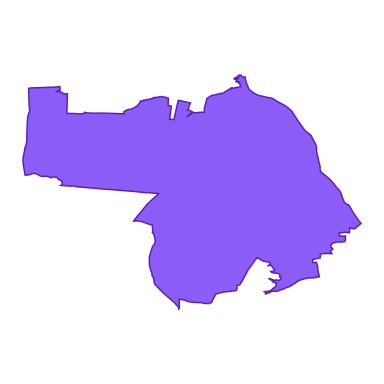 the district of Bucovat, Dolj, Romania
{"feature_id": "2599482B36791492645492", "entity_name": "Bucovat", "entity_type": "district", "adm_level": 2, "iso_a3": "ROU", "parent_name": "Romania", "parent_adm1": "Dolj", "projection": "orthographic", "projection_center": [23.683, 44.282], "detail": "fine", "context": "isolated", "style": "filled", "palette": "violet", "viewbox_px": 384, "rotation_deg": 0, "n_neighbors": 0, "source": "geoboundaries", "source_scale": "gbopen_adm2", "svg_char_len": 5903}
<svg xmlns="http://www.w3.org/2000/svg" viewBox="0 0 384 384"><path d="M178.8,309.0L179.2,308.7L179.4,307.7L179.2,301.4L179.0,299.7L178.9,299.4L179.3,299.1L184.8,300.2L186.3,300.9L189.2,301.8L195.0,302.5L200.7,302.6L204.8,303.5L206.9,303.4L208.2,303.8L209.5,303.2L211.3,302.7L211.6,302.4L212.1,301.6L212.3,300.4L213.0,299.6L213.7,298.0L214.3,297.2L214.8,296.0L215.2,294.8L215.5,294.3L216.7,294.0L218.5,293.3L222.2,292.3L236.0,290.6L236.7,289.7L237.1,288.4L237.1,287.2L236.9,285.9L237.0,285.4L237.2,285.2L238.8,285.2L239.7,284.8L240.2,284.2L242.5,280.5L242.9,279.6L244.8,276.2L248.0,270.0L249.8,267.5L252.9,263.4L254.7,260.7L255.8,259.3L257.0,257.6L259.1,258.7L262.8,261.0L269.0,262.3L270.0,263.5L269.9,264.2L269.4,264.8L268.4,265.4L268.2,265.7L270.0,265.5L271.4,265.5L272.4,267.1L274.3,269.5L274.5,270.0L274.5,270.5L274.4,270.6L273.4,270.9L272.7,271.4L270.6,271.4L270.7,271.6L271.7,272.3L273.8,273.1L275.1,273.0L276.2,273.3L277.9,273.4L278.7,273.6L279.1,273.9L279.3,274.5L279.8,275.3L279.6,276.9L280.9,276.9L281.1,277.0L281.0,278.9L278.8,280.6L276.5,279.8L275.8,280.3L273.5,280.1L272.3,279.5L270.9,279.0L269.1,278.6L269.1,278.9L270.5,279.6L271.8,280.5L273.1,281.3L272.9,281.6L273.1,282.2L274.4,282.2L275.1,282.5L275.7,283.3L276.4,283.1L276.5,283.4L276.2,284.7L275.8,286.0L275.5,286.6L274.4,287.6L273.1,288.3L272.4,288.9L272.1,289.6L269.3,291.1L266.8,291.5L264.8,291.5L264.4,291.7L265.4,292.2L265.6,292.8L265.4,293.9L266.3,293.9L267.4,293.0L269.2,292.9L269.7,292.7L270.4,292.0L272.1,291.2L274.5,291.2L275.5,291.0L276.1,291.5L279.0,290.6L282.8,289.1L283.8,289.0L286.6,287.5L288.8,286.9L290.9,285.9L292.5,284.7L294.1,283.9L296.0,282.4L298.5,280.7L302.6,279.3L307.3,278.1L314.9,277.7L316.0,277.6L317.6,276.9L319.4,276.8L318.2,271.7L317.6,267.8L317.7,266.3L317.5,265.5L316.8,264.2L316.6,263.3L316.7,262.7L316.3,262.3L316.2,262.5L312.9,262.6L312.5,259.5L313.4,259.5L315.7,258.8L319.7,258.0L320.4,257.7L320.3,254.1L325.0,253.5L331.9,253.6L330.3,251.2L332.8,249.2L332.5,248.3L332.3,248.0L331.2,247.5L330.7,245.9L331.8,244.0L333.0,243.0L335.8,242.5L336.0,241.9L337.4,241.9L340.1,242.1L343.8,241.8L345.0,241.5L345.5,239.2L345.6,238.7L345.4,238.3L345.4,235.9L344.3,236.2L339.4,235.9L339.4,232.9L341.5,232.8L344.9,232.3L349.5,232.7L349.8,227.9L353.3,228.7L354.6,228.7L355.3,228.3L361.0,223.4L358.4,220.2L353.1,212.5L349.1,205.3L344.4,202.6L342.4,197.5L340.6,192.2L338.3,189.1L337.1,188.0L334.2,184.2L329.6,179.0L325.7,175.8L321.7,172.7L320.7,171.2L320.1,170.0L320.1,166.5L318.7,160.9L317.8,156.5L316.6,152.0L316.5,146.6L315.3,143.6L311.0,135.4L304.8,130.4L296.3,118.3L291.7,110.9L285.2,105.7L277.5,101.6L272.1,98.2L266.5,97.2L257.6,95.1L253.2,92.7L248.9,89.2L246.4,82.8L245.2,78.7L245.2,77.5L245.3,77.1L242.5,76.9L242.1,76.6L241.4,75.5L240.9,75.1L239.7,75.0L238.1,75.6L237.9,75.9L237.7,76.9L238.2,77.1L238.5,77.3L237.4,77.5L236.7,77.1L236.4,77.2L236.6,77.5L237.6,78.1L237.7,78.3L237.3,78.2L236.2,77.6L235.8,77.5L235.4,77.9L234.9,78.0L236.3,78.4L236.5,78.6L235.6,78.5L234.5,78.2L234.2,78.4L234.1,79.0L235.8,79.3L236.3,79.5L236.8,80.7L236.7,81.0L235.9,81.3L236.0,81.6L237.6,82.1L238.2,82.6L238.2,81.8L238.4,81.8L239.6,82.6L239.7,83.8L240.0,84.9L240.4,85.2L240.7,86.6L239.5,87.0L236.1,87.5L233.0,88.4L232.7,88.3L232.2,87.7L231.8,87.7L230.9,88.2L231.0,89.0L230.8,89.4L230.5,89.4L229.9,89.0L228.9,89.4L227.4,90.4L224.6,92.0L224.3,92.3L222.6,93.3L221.0,93.6L220.5,93.3L219.4,93.9L217.7,94.1L215.8,94.8L214.5,95.0L212.9,95.1L211.6,95.5L208.9,97.1L208.5,97.6L207.2,98.2L206.8,98.9L204.4,108.3L204.3,110.7L204.1,112.4L201.8,112.2L195.0,112.8L193.6,112.4L193.3,112.5L187.5,116.5L187.5,116.1L187.7,115.8L188.9,114.9L191.0,113.0L192.1,111.7L189.3,110.2L187.4,110.0L187.5,109.7L188.1,109.2L188.6,108.3L188.7,107.5L190.4,102.9L178.5,100.3L178.1,101.0L176.2,109.1L174.8,115.7L173.8,119.7L171.6,119.3L169.5,119.1L170.0,117.5L170.1,115.4L170.3,114.2L170.6,110.9L171.1,108.5L171.4,106.3L171.1,106.1L168.6,105.6L168.2,105.4L168.2,101.4L168.4,98.1L166.2,97.4L162.4,96.7L160.6,96.6L159.7,96.7L158.9,97.1L156.3,97.3L154.7,97.7L154.2,98.0L154.1,97.5L153.8,97.4L153.4,97.5L153.4,98.0L152.0,98.7L150.3,98.8L148.9,99.3L148.1,99.8L147.3,99.7L146.9,99.3L146.5,99.9L145.6,100.2L144.8,100.2L144.2,99.9L143.5,100.1L143.5,100.9L141.6,101.1L140.5,100.9L140.2,102.0L139.6,102.7L139.3,103.5L137.1,106.0L133.6,108.0L131.1,109.2L128.2,109.5L126.3,110.2L123.8,111.9L123.8,112.1L123.8,113.8L103.0,113.1L92.7,113.2L90.4,112.9L89.1,113.1L87.8,112.9L85.3,112.6L84.9,112.3L84.4,112.3L84.3,113.5L81.1,113.8L78.3,113.8L74.6,113.5L66.8,113.4L67.4,96.9L67.3,93.7L63.1,93.9L62.8,93.5L62.5,92.6L62.2,92.4L58.1,91.9L56.6,91.4L57.2,91.1L60.1,90.5L59.9,86.6L56.4,87.0L30.2,88.0L28.6,88.4L28.7,89.5L29.1,105.5L29.4,107.7L29.6,111.7L29.4,112.1L28.8,112.7L28.8,113.8L28.7,114.4L27.7,116.2L27.1,126.6L26.8,137.5L26.8,141.5L26.1,144.2L25.8,146.4L24.7,148.0L24.9,148.9L23.3,156.7L23.1,158.5L23.0,159.9L23.2,163.9L25.1,175.1L26.6,175.2L28.1,174.9L29.6,174.7L32.5,173.6L34.6,173.4L36.8,174.1L39.8,175.7L41.1,176.2L42.9,176.4L45.7,176.2L47.4,176.5L48.4,176.5L49.8,177.4L50.7,177.7L51.5,177.7L53.0,177.0L53.5,176.9L54.0,176.9L55.4,177.3L56.2,177.3L57.4,177.8L57.9,178.5L58.2,179.2L58.5,179.5L59.5,179.8L61.6,181.0L61.7,181.4L61.8,182.1L62.4,183.0L62.2,183.8L61.7,184.8L61.5,185.1L60.9,185.4L65.5,185.8L70.0,186.0L70.1,186.3L70.4,186.4L70.5,186.0L73.7,186.0L75.1,186.2L75.5,186.3L75.7,186.6L76.2,186.7L106.3,189.3L111.6,189.6L119.4,190.3L133.8,191.4L145.7,192.7L149.0,192.7L154.4,193.2L158.3,193.5L158.7,193.7L151.0,200.6L147.0,204.4L140.9,212.0L137.3,216.2L133.6,221.0L135.1,221.1L137.9,220.9L139.1,221.0L142.3,221.8L150.0,224.6L152.2,224.9L152.9,232.2L152.4,232.4L153.6,234.1L154.3,235.8L155.0,239.0L155.2,241.0L154.7,243.6L154.1,244.8L153.3,245.5L152.5,246.6L149.3,256.7L149.4,265.2L150.7,270.3L151.9,273.2L151.9,275.1L153.7,278.5L154.1,282.1L154.5,283.4L155.3,284.8L163.4,293.1L174.4,302.6L178.9,307.8L178.8,309.0Z" fill="#8b5cf6" stroke="#5b21b6" stroke-width="1.5"/></svg>